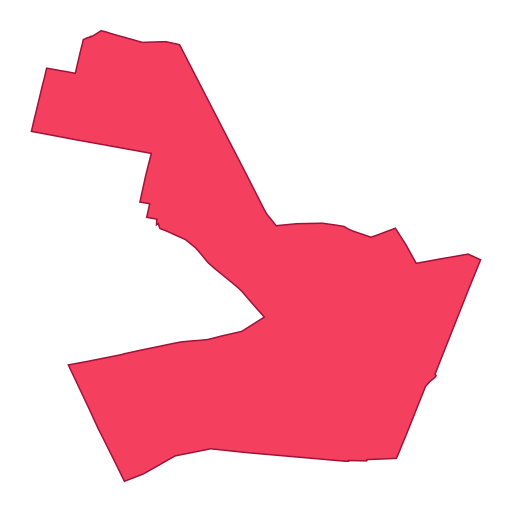 the district of Curtici, Arad, Romania
{"feature_id": "2599482B1459479635859", "entity_name": "Curtici", "entity_type": "district", "adm_level": 2, "iso_a3": "ROU", "parent_name": "Romania", "parent_adm1": "Arad", "projection": "natural_earth1", "projection_center": [21.262, 46.352], "detail": "fine", "context": "isolated", "style": "filled", "palette": "rose", "viewbox_px": 512, "rotation_deg": 0, "n_neighbors": 0, "source": "geoboundaries", "source_scale": "gbopen_adm2", "svg_char_len": 1896}
<svg xmlns="http://www.w3.org/2000/svg" viewBox="0 0 512 512"><path d="M396.3,458.4L397.3,456.3L398.3,454.1L402.4,444.0L406.4,434.4L418.5,404.0L425.6,386.3L429.7,381.8L433.6,378.4L435.6,376.7L436.1,375.5L435.0,374.2L440.6,360.0L467.4,292.3L480.6,259.8L477.3,258.3L468.1,254.1L440.4,258.9L419.0,262.8L416.2,263.3L405.9,244.7L395.3,228.2L376.5,235.3L371.0,237.2L352.7,231.0L347.5,228.6L344.2,226.5L336.6,225.2L322.4,223.2L296.9,223.7L276.1,225.7L271.1,219.3L267.0,214.5L264.4,209.9L246.5,174.6L223.5,130.1L182.9,51.2L181.1,47.6L179.5,44.7L178.7,44.5L174.8,43.6L170.0,42.6L167.1,41.9L165.3,41.7L159.9,41.8L154.7,42.0L148.0,42.2L142.8,42.4L142.0,42.3L137.1,40.9L132.1,39.5L128.1,38.4L125.2,37.5L121.5,36.5L116.2,35.1L110.9,33.5L105.6,31.8L101.1,30.7L96.9,33.4L92.8,36.0L90.4,36.5L90.6,37.0L87.6,37.6L83.3,39.6L82.2,44.4L80.7,50.1L79.4,55.8L78.0,61.7L76.6,67.7L75.3,73.3L70.5,72.4L65.9,71.5L61.2,70.8L56.1,69.8L51.5,69.0L46.6,68.2L45.4,73.6L44.0,79.3L42.5,85.0L41.3,89.9L40.2,94.6L39.0,99.6L37.9,104.1L36.7,109.2L35.5,114.1L34.3,118.8L33.2,123.7L32.1,128.5L31.4,131.4L33.6,131.8L76.0,139.8L151.3,153.4L145.6,175.9L139.9,202.1L149.7,203.7L146.7,217.3L157.0,219.2L156.7,220.3L156.7,221.3L156.5,224.8L158.3,223.7L159.9,228.5L165.9,230.8L185.5,239.6L185.9,240.0L186.2,240.2L193.8,246.4L195.5,247.8L201.2,254.3L206.9,261.3L208.7,263.3L215.5,269.2L230.6,281.5L238.1,287.7L241.9,291.4L251.3,302.4L264.3,317.1L242.3,331.0L241.3,331.5L225.8,335.0L220.8,336.2L212.2,338.4L207.3,339.6L204.8,339.8L200.0,340.3L188.4,341.2L181.2,341.9L173.9,343.3L144.3,349.4L123.8,353.8L122.5,354.4L87.4,361.4L68.3,364.9L73.9,376.7L89.4,409.4L98.2,428.7L100.2,432.5L113.2,458.5L122.4,477.2L124.4,481.3L131.4,478.6L143.4,473.9L175.1,455.9L210.7,448.8L247.7,452.7L339.3,460.7L345.8,461.3L348.7,461.2L348.6,460.5L366.4,460.9L366.9,460.6L367.0,459.6L395.9,458.4L396.3,458.4Z" fill="#f43f5e" stroke="#9f1239" stroke-width="1.5"/></svg>